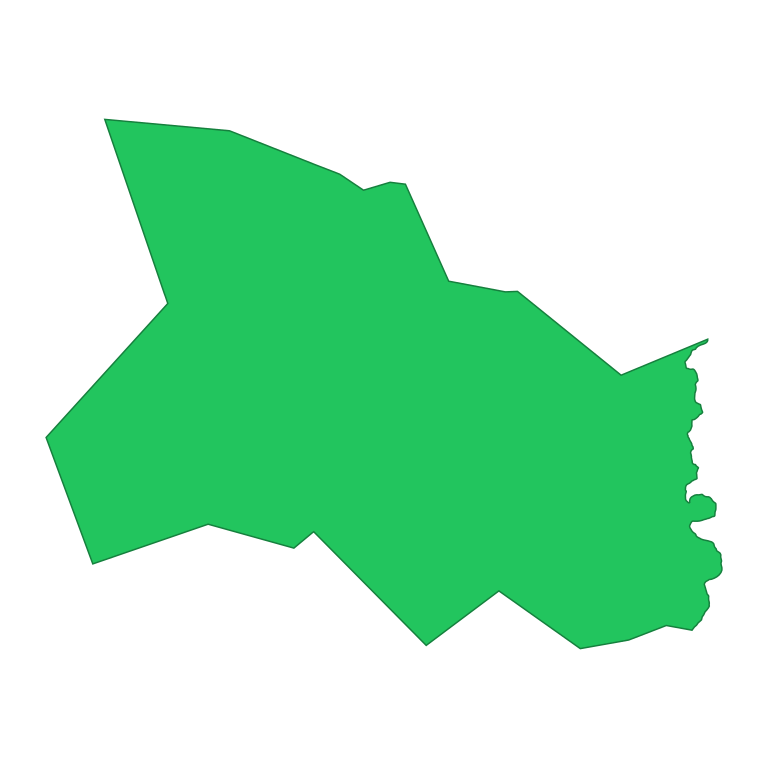 Divisaderos, Sonora, Mexico
{"feature_id": "50627088B51411213680248", "entity_name": "Divisaderos", "entity_type": "district", "adm_level": 2, "iso_a3": "MEX", "parent_name": "Mexico", "parent_adm1": "Sonora", "projection": "albers", "projection_center": [-109.248, 29.625], "detail": "fine", "context": "isolated", "style": "filled", "palette": "green", "viewbox_px": 768, "rotation_deg": 0, "n_neighbors": 0, "source": "geoboundaries", "source_scale": "gbopen_adm2", "svg_char_len": 5974}
<svg xmlns="http://www.w3.org/2000/svg" viewBox="0 0 768 768"><path d="M167.8,303.5L46.1,437.5L92.8,563.9L208.1,524.2L293.9,548.1L311.9,533.1L313.7,531.7L426.2,645.4L498.9,590.9L580.3,648.6L628.7,640.0L666.3,625.5L691.6,630.1L692.0,630.2L694.4,627.0L696.5,625.2L698.1,622.9L699.7,621.5L700.7,620.6L701.5,619.8L701.7,618.9L702.2,616.9L703.7,614.8L705.1,611.8L706.6,610.2L708.5,607.7L709.2,606.2L709.3,606.0L709.1,605.0L709.3,603.1L709.1,601.7L708.7,600.2L708.6,598.7L708.6,597.5L708.7,596.5L708.5,595.6L707.7,594.7L707.0,593.8L706.6,592.1L706.0,590.2L705.6,588.7L704.8,586.0L704.3,584.5L704.4,584.0L704.8,582.8L705.9,581.5L708.1,580.3L709.0,579.6L709.3,579.5L710.2,579.4L711.6,579.2L714.4,578.1L716.8,576.8L717.8,576.0L718.7,575.3L719.3,574.7L719.6,574.3L720.3,573.4L720.8,572.7L721.1,572.2L721.5,571.1L721.8,570.4L721.9,569.7L721.9,568.1L721.8,567.3L721.2,565.0L721.0,563.3L721.0,563.0L721.1,562.7L721.5,561.3L721.5,561.1L721.5,560.6L721.3,559.6L720.8,557.7L720.8,557.3L720.7,556.9L720.8,555.4L720.8,554.8L720.7,554.5L720.4,553.8L720.3,553.6L720.1,553.2L719.6,552.8L719.4,552.6L717.0,551.0L716.7,550.6L716.5,550.2L716.4,549.8L716.3,549.2L716.2,549.0L716.1,548.8L714.8,547.3L714.7,547.1L714.1,545.4L713.9,544.2L713.7,543.8L713.3,543.2L713.1,543.0L711.8,542.0L711.3,541.8L709.6,541.3L708.0,540.8L703.6,539.9L701.7,539.3L700.8,538.9L700.0,538.4L697.4,537.1L696.5,536.2L696.2,535.8L696.0,535.5L695.9,534.8L695.6,534.3L695.3,533.9L694.8,533.5L693.2,532.4L691.9,531.0L691.1,529.6L690.1,528.0L689.9,527.6L689.6,526.5L689.6,525.9L689.9,525.1L690.2,524.4L690.5,523.8L690.8,523.2L691.4,522.1L692.0,521.5L692.2,521.3L692.5,521.2L693.1,521.1L694.3,521.2L694.9,521.2L697.3,521.2L699.4,521.0L701.8,520.4L704.0,519.6L706.3,519.0L707.3,518.6L707.6,518.5L708.4,518.4L708.8,518.3L710.7,517.5L712.2,516.7L713.4,516.5L713.9,516.4L714.2,516.3L714.5,516.0L714.8,515.7L714.8,515.3L714.9,514.3L715.0,512.7L715.0,512.4L715.2,511.5L715.8,509.8L715.8,509.4L715.9,508.4L715.9,506.8L715.9,505.9L715.9,504.9L715.8,503.7L715.7,503.5L715.5,503.2L714.3,502.4L713.3,501.5L712.6,500.8L711.8,499.6L711.5,499.1L711.2,498.7L710.8,498.4L710.4,497.9L709.8,497.4L709.0,497.0L708.3,496.8L708.0,496.8L706.9,496.8L705.2,496.5L704.9,496.4L704.2,496.0L703.5,495.5L702.9,495.0L702.4,494.6L702.1,494.4L701.9,494.4L701.6,494.4L699.3,494.8L698.5,494.9L696.9,494.8L696.1,494.9L695.1,495.1L694.7,495.2L691.8,496.8L691.3,497.2L691.1,497.4L690.4,498.3L690.0,499.1L689.6,501.1L689.7,502.0L689.7,502.4L689.7,502.5L689.2,502.8L688.7,502.8L688.3,502.6L688.1,502.5L687.0,501.4L686.7,501.1L686.3,500.8L686.1,500.5L686.0,500.2L685.8,499.9L685.6,499.4L685.5,498.7L685.5,498.2L685.4,495.7L685.5,494.3L686.1,492.2L686.2,491.6L686.2,491.4L686.2,491.2L686.0,490.8L685.6,490.4L685.5,490.2L685.4,489.8L685.5,488.4L685.5,487.5L685.6,487.1L685.8,486.3L686.2,485.4L686.7,484.8L686.8,484.6L687.0,484.5L688.2,483.8L689.5,483.2L689.9,482.9L691.1,481.9L692.0,481.0L692.2,480.9L692.5,480.7L693.0,480.6L693.4,480.3L694.0,480.0L694.4,479.6L694.6,479.6L694.8,479.5L695.2,479.5L695.4,479.4L695.5,479.4L696.0,479.2L696.7,478.8L696.8,478.7L697.0,478.4L697.0,478.1L696.8,476.2L696.7,474.5L696.6,473.9L696.5,473.5L696.5,473.2L696.5,472.9L696.5,472.6L696.7,472.2L697.0,471.5L697.3,470.6L697.7,469.3L697.9,468.8L698.2,468.4L698.3,468.2L698.4,467.8L698.3,467.7L698.1,467.4L697.7,467.0L696.9,466.5L696.7,466.3L696.5,466.0L696.1,465.8L696.0,465.6L695.9,465.5L695.9,465.3L695.8,465.1L695.5,464.7L694.9,464.4L694.1,464.5L694.0,464.4L693.9,464.4L693.4,464.1L693.2,464.0L692.3,462.9L692.2,462.6L692.3,462.3L692.2,461.7L692.2,461.1L692.1,460.8L691.8,459.6L691.4,457.6L691.4,456.1L691.2,455.1L691.0,454.0L690.6,453.2L690.7,452.1L690.9,451.3L691.4,450.5L691.9,449.9L692.1,449.6L692.5,449.3L692.9,449.2L693.1,449.0L693.2,448.6L693.2,448.2L693.1,447.7L693.0,447.1L692.9,446.7L692.3,445.9L692.0,445.3L691.7,443.7L691.4,443.1L691.1,442.5L690.4,441.3L690.1,440.8L689.7,440.1L689.4,439.4L689.1,438.5L689.0,438.3L688.2,437.1L688.1,436.8L688.0,436.7L687.9,436.3L688.0,435.7L687.9,435.5L687.7,435.3L687.6,435.0L687.4,434.5L687.4,434.1L687.4,433.8L687.5,433.3L687.8,432.6L687.9,432.4L688.3,432.0L688.9,431.8L689.0,431.7L689.9,430.7L690.3,430.2L690.5,430.0L691.5,427.3L691.8,426.6L691.9,425.8L691.9,425.5L691.8,423.9L691.9,421.9L692.0,420.3L692.0,420.2L692.2,419.9L692.4,419.8L693.9,419.6L694.7,419.3L695.7,418.6L697.1,417.5L698.3,416.3L699.0,415.3L699.7,414.5L699.9,414.4L701.0,414.0L701.2,413.9L701.5,413.6L701.8,413.3L702.3,412.9L702.5,412.6L702.6,412.2L702.5,411.8L702.1,410.8L701.9,410.4L701.7,410.1L701.6,409.4L701.3,408.6L700.8,406.4L700.7,405.8L700.6,405.1L700.3,404.6L699.8,404.3L699.5,404.2L698.9,404.0L697.8,403.4L697.2,403.1L696.6,402.8L696.2,402.6L695.7,402.0L695.3,401.5L694.9,400.1L694.7,399.6L694.6,399.1L694.6,398.3L694.6,397.7L694.9,393.6L695.0,392.8L695.3,392.1L695.8,390.5L696.0,388.9L695.9,387.7L695.9,387.1L695.6,385.7L695.4,385.0L695.3,384.7L695.4,384.3L695.7,383.4L696.2,382.5L696.6,382.0L697.3,381.3L697.7,381.0L697.8,380.8L697.9,380.5L697.9,380.1L697.8,379.1L697.5,378.3L697.2,376.5L697.1,375.7L696.9,374.8L696.7,373.9L696.4,373.3L695.9,372.5L695.5,371.6L694.5,370.1L694.0,369.6L693.7,369.4L693.4,369.2L693.0,369.1L692.6,369.1L692.4,369.1L692.0,369.2L690.8,369.3L690.0,369.3L689.2,369.0L688.5,368.7L688.0,368.5L687.5,368.4L687.1,368.5L686.7,368.4L686.4,368.1L686.2,367.8L686.1,367.3L685.5,364.0L685.2,363.1L685.0,362.3L685.0,362.1L685.1,361.8L685.2,361.6L685.3,361.3L685.5,361.1L686.4,360.3L687.2,359.2L688.0,358.1L688.7,357.2L689.4,356.1L690.2,355.1L690.4,354.9L690.6,354.6L691.2,352.4L691.6,351.5L691.8,350.9L692.1,350.5L692.5,350.1L692.9,350.0L693.2,349.8L693.8,349.7L695.1,349.3L695.4,349.2L695.7,348.9L696.2,347.9L698.0,346.3L699.3,345.6L700.6,345.0L703.4,344.1L705.1,343.4L706.2,342.7L707.1,341.8L707.7,340.6L707.7,339.2L621.1,375.2L517.5,291.4L505.4,291.9L448.7,281.2L405.4,184.2L390.1,182.3L363.5,190.2L339.7,174.2L314.9,164.6L229.5,130.8L104.8,119.4L164.6,294.3L165.3,296.1L167.8,303.5Z" fill="#22c55e" stroke="#15803d" stroke-width="1.5"/></svg>